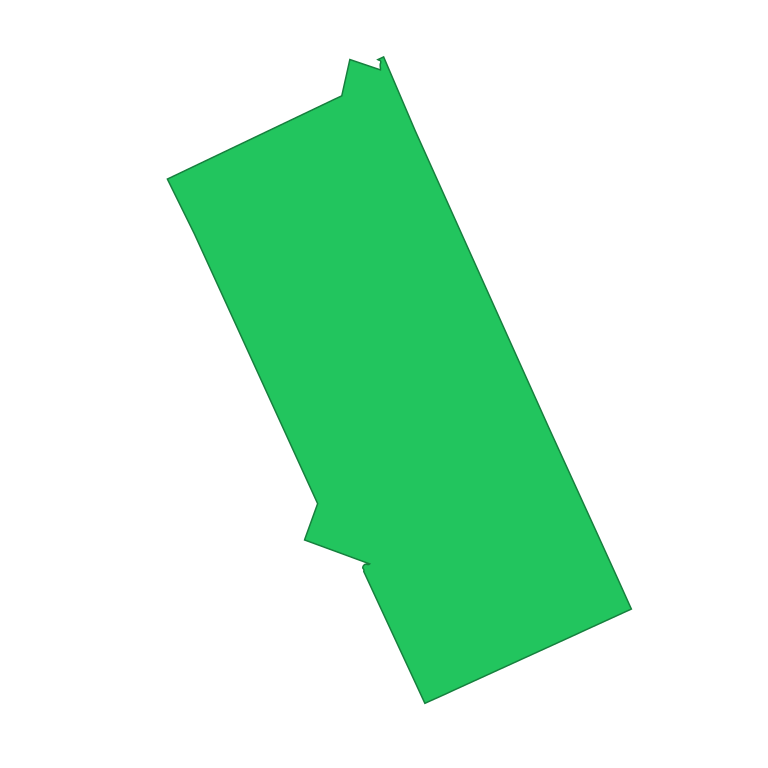 outline of Conesa, Río Negro, Argentina, rotated 65°
{"feature_id": "61730980B12252554718289", "entity_name": "Conesa", "entity_type": "district", "adm_level": 2, "iso_a3": "ARG", "parent_name": "Argentina", "parent_adm1": "Río Negro", "projection": "orthographic", "projection_center": [-64.29, -40.178], "detail": "fine", "context": "isolated", "style": "filled", "palette": "green", "viewbox_px": 768, "rotation_deg": 65, "n_neighbors": 0, "source": "geoboundaries", "source_scale": "gbopen_adm2", "svg_char_len": 1174}
<svg xmlns="http://www.w3.org/2000/svg" viewBox="0 0 768 768"><g transform="rotate(65 384 384)"><path d="M692.5,254.9L692.1,254.9L690.2,254.9L660.0,254.5L607.5,254.0L491.9,253.1L167.2,248.7L87.4,246.1L87.4,252.5L88.1,252.0L88.3,251.7L88.6,251.2L88.9,251.0L89.4,250.8L89.7,250.7L90.1,250.7L90.5,250.7L90.9,250.9L91.2,251.1L91.6,251.3L92.1,251.8L92.4,252.2L92.8,252.4L93.1,252.5L93.6,252.8L94.2,253.0L94.5,253.1L95.0,253.4L95.3,253.5L95.7,253.5L96.2,253.7L96.7,253.9L97.4,254.3L97.8,254.5L75.5,277.8L105.0,300.5L105.0,308.4L106.7,493.7L107.9,493.7L167.9,492.4L297.4,493.4L464.4,494.7L491.1,521.3L491.8,521.9L541.0,473.0L541.2,473.6L541.2,473.9L541.1,474.4L540.9,474.9L540.6,475.2L540.3,475.7L540.1,476.0L539.8,476.4L539.6,476.9L539.5,477.3L539.4,477.7L539.4,478.1L539.8,478.8L540.1,479.6L540.5,480.1L541.0,480.5L541.3,480.8L541.7,480.9L542.3,481.0L542.8,480.8L543.5,480.7L543.9,480.8L544.5,481.0L545.0,481.3L545.2,481.5L545.6,481.6L546.2,481.6L546.6,481.6L548.3,481.6L591.5,481.7L642.0,481.8L654.1,481.8L688.5,481.9L690.7,481.9L690.8,471.9L690.9,467.9L691.0,452.4L691.0,448.9L692.1,312.4L692.1,305.9L692.5,254.9Z" fill="#22c55e" stroke="#15803d" stroke-width="1.5"/></g></svg>